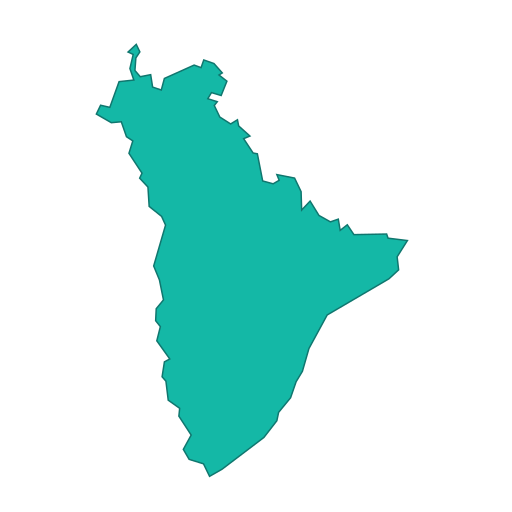 Brazos, Texas, United States of America, rotated 177°
{"feature_id": "52423323B4274675521661", "entity_name": "Brazos", "entity_type": "district", "adm_level": 2, "iso_a3": "USA", "parent_name": "United States of America", "parent_adm1": "Texas", "projection": "orthographic", "projection_center": [-96.277, 30.652], "detail": "fine", "context": "isolated", "style": "filled", "palette": "teal", "viewbox_px": 512, "rotation_deg": 177, "n_neighbors": 0, "source": "geoboundaries", "source_scale": "gbopen_adm2", "svg_char_len": 1325}
<svg xmlns="http://www.w3.org/2000/svg" viewBox="0 0 512 512"><g transform="rotate(177 256 256)"><path d="M313.9,38.4L301.0,44.9L257.6,74.4L243.8,90.4L241.6,98.7L228.9,112.6L222.5,128.4L215.7,138.4L208.0,160.8L188.0,193.4L124.4,226.3L114.3,234.7L115.1,247.8L104.0,263.5L123.2,266.9L124.4,271.1L157.1,272.2L163.2,282.4L170.6,277.2L171.9,288.5L179.9,286.2L191.0,293.2L199.1,308.0L208.0,299.5L207.6,317.9L213.4,331.8L230.9,336.2L228.9,330.4L235.1,327.2L245.4,330.6L249.3,358.0L253.5,359.0L262.2,373.8L255.8,376.1L266.5,386.8L267.4,393.0L274.4,389.2L284.9,396.7L289.8,408.5L286.6,412.1L295.9,415.6L291.9,421.5L282.4,418.1L275.9,432.1L283.5,438.7L280.1,440.6L287.9,450.4L297.9,454.5L301.0,447.0L307.8,449.9L338.2,438.1L341.9,426.7L350.4,430.1L351.7,442.6L362.2,441.1L367.2,447.6L365.6,460.1L361.3,465.9L364.5,473.6L373.1,466.4L368.1,463.7L372.1,449.8L368.8,438.1L383.6,437.3L394.2,412.1L403.3,414.7L408.0,406.1L393.5,396.7L383.5,397.1L379.1,381.9L373.0,377.4L377.5,365.2L365.5,344.7L368.1,339.8L360.3,330.5L360.1,311.1L348.2,300.5L344.7,291.6L358.7,251.4L353.7,237.2L350.7,217.0L358.4,208.6L359.6,196.6L355.2,190.5L359.5,176.5L347.5,157.7L353.0,155.1L356.1,140.3L352.5,135.7L351.2,116.6L340.2,107.9L341.4,100.1L330.1,80.6L338.7,66.7L333.4,56.4L319.3,51.2L313.9,38.4Z" fill="#14b8a6" stroke="#0f766e" stroke-width="1.5"/></g></svg>